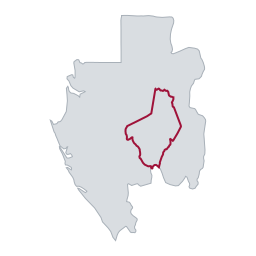 Ogooué-Lolo on a map of Gabon (Equal Earth projection)
{"feature_id": "GAB-2628", "entity_name": "Ogooué-Lolo", "entity_type": "Province", "adm_level": 1, "iso_a3": "GAB", "parent_name": "Gabon", "parent_adm1": "", "projection": "equal_earth", "projection_center": [12.559, -0.822], "detail": "fine", "context": "in_parent", "style": "outline", "palette": "rose", "viewbox_px": 256, "rotation_deg": 0, "n_neighbors": 0, "source": "natural_earth", "source_scale": "10m", "svg_char_len": 5730}
<svg xmlns="http://www.w3.org/2000/svg" viewBox="0 0 256 256"><path d="M173.8,20.5L173.6,23.0L171.5,29.2L170.5,34.0L170.2,39.1L170.8,43.2L171.9,46.1L172.5,49.3L172.0,51.5L171.0,52.4L171.7,53.5L173.2,53.8L175.9,52.8L180.0,51.1L185.3,48.7L188.8,47.4L194.6,48.2L197.6,49.1L199.2,50.9L200.9,58.2L201.8,59.3L203.2,62.4L204.3,66.1L204.6,68.0L204.5,69.4L203.3,71.4L202.0,74.4L201.5,76.2L200.4,77.5L199.0,78.8L195.1,79.3L194.5,80.1L193.5,83.3L191.4,86.0L190.5,88.5L189.7,91.9L189.8,96.0L189.4,102.1L189.0,106.1L190.0,107.6L194.6,108.6L195.5,109.4L196.8,111.9L198.3,114.3L202.6,115.8L204.2,117.6L205.5,119.6L205.7,121.2L204.7,127.7L203.8,134.0L204.2,138.8L204.5,143.3L205.0,150.0L204.8,154.0L203.6,156.5L203.6,158.5L204.1,160.8L203.1,167.3L202.4,168.4L200.5,169.6L199.5,171.3L199.2,174.0L198.2,177.8L197.1,179.1L197.1,180.9L198.1,182.1L198.1,184.1L196.2,186.4L195.1,188.2L192.6,189.0L189.7,188.1L189.0,186.8L189.7,184.8L189.5,183.2L188.5,181.5L187.0,177.2L185.6,176.3L184.8,178.0L182.5,181.3L178.4,185.6L175.5,185.9L170.1,184.6L165.7,182.6L163.5,177.6L162.2,173.5L160.3,168.8L158.2,166.5L155.9,165.1L154.9,165.0L151.6,167.6L150.6,168.7L150.6,170.9L150.9,173.0L151.4,174.0L151.9,175.3L151.8,177.4L151.2,180.1L151.0,183.2L140.7,186.2L138.9,185.1L137.6,183.7L136.1,184.0L131.6,185.5L130.0,184.5L128.4,183.7L127.6,184.3L127.6,185.6L128.3,192.8L128.1,195.6L127.1,199.1L126.6,201.6L129.3,202.2L130.3,203.4L131.2,205.2L132.5,206.9L132.6,207.9L131.1,209.8L130.6,212.1L131.3,213.9L133.2,215.8L135.9,217.7L137.2,219.0L137.1,220.2L135.8,222.7L135.4,224.8L134.5,226.7L134.7,228.5L135.9,230.1L135.8,231.6L134.9,232.7L133.3,232.5L131.8,232.6L130.5,232.2L126.5,226.5L125.7,226.3L119.9,230.7L118.4,232.5L117.2,235.1L115.6,240.6L113.0,237.4L110.7,231.4L108.0,227.8L102.5,221.9L101.0,217.5L94.6,207.9L85.4,198.4L78.7,190.0L77.7,188.2L78.9,188.4L85.3,192.6L86.1,192.1L86.9,191.2L84.1,189.0L81.5,187.3L79.0,186.2L76.5,186.3L75.1,184.5L74.2,181.9L73.8,179.6L72.7,177.2L69.1,172.2L68.3,170.3L66.3,167.7L67.5,167.4L71.3,169.9L71.6,168.9L71.3,167.4L67.5,165.1L65.4,164.9L65.0,163.3L65.3,161.3L62.5,154.1L59.7,148.8L59.3,146.2L66.9,157.9L67.9,158.1L69.2,158.0L72.4,156.7L71.8,155.1L70.4,153.5L69.0,154.2L67.2,154.4L66.3,153.7L65.8,152.5L67.6,146.8L66.8,147.1L66.3,148.1L65.3,148.6L63.8,148.9L60.0,145.8L56.7,137.6L55.9,135.9L55.0,133.1L54.1,131.9L50.3,120.2L51.8,121.1L53.5,124.4L56.8,123.7L58.2,121.8L59.3,121.8L60.5,121.4L62.0,119.6L66.3,111.5L67.4,100.9L67.0,94.6L66.4,88.3L67.8,86.3L68.4,87.6L68.7,89.9L69.3,91.5L70.9,93.0L73.7,93.4L78.1,95.7L79.7,97.2L80.1,94.2L85.2,91.7L83.7,90.8L79.2,91.8L73.0,88.1L70.9,85.7L69.0,81.1L67.0,78.8L67.2,76.6L71.6,74.7L72.8,74.9L73.3,77.2L74.5,78.2L74.9,77.9L75.1,75.9L75.1,70.5L73.8,62.9L74.2,61.4L75.4,60.8L76.5,59.8L77.2,59.6L78.7,59.8L79.5,61.6L79.9,62.6L81.4,63.0L82.7,64.0L83.8,63.7L84.6,62.6L86.0,62.4L90.0,62.4L93.7,62.4L101.0,62.5L108.3,62.5L115.6,62.5L121.1,62.5L121.1,58.2L121.1,51.4L121.0,43.4L121.0,35.7L121.0,28.6L120.9,20.2L121.2,17.8L121.6,16.8L121.5,15.5L127.1,15.4L137.4,16.0L141.8,15.9L143.1,16.0L148.7,15.6L153.2,16.1L155.2,16.7L156.9,17.0L162.3,17.4L169.4,16.9L171.8,17.0L173.1,18.2L173.8,20.5Z" fill="#d9dde1" stroke="#a8b0b8" stroke-width="1"/><path d="M158.9,167.3L157.1,165.6L156.0,164.9L154.7,165.0L154.4,165.1L153.1,166.3L152.9,166.5L152.6,167.2L152.5,167.5L152.5,167.9L152.4,168.3L152.1,168.5L151.6,168.3L151.1,167.6L151.2,166.8L151.0,166.3L150.9,166.2L150.6,166.1L150.3,166.1L148.4,166.3L148.2,166.3L144.9,164.7L144.6,164.5L142.9,162.7L142.6,162.1L140.8,158.9L140.6,158.6L140.3,158.5L140.0,158.3L139.7,158.0L139.5,157.1L139.4,156.7L139.4,156.4L139.5,156.2L139.6,155.9L139.8,155.6L140.0,155.4L140.1,155.0L140.2,154.7L140.2,153.8L140.1,152.5L139.8,150.7L139.7,150.3L139.7,149.6L139.7,149.4L139.5,149.0L138.6,147.5L138.0,146.7L137.8,146.5L136.8,145.9L136.5,145.7L135.6,144.4L134.2,143.2L133.8,142.6L132.9,140.8L132.7,140.4L132.5,139.3L132.4,138.5L132.4,137.9L132.5,137.6L132.4,137.3L132.1,137.3L131.8,137.4L131.6,137.5L129.7,139.1L128.9,139.3L128.4,139.7L128.1,139.8L127.8,139.8L127.3,139.6L127.0,139.4L126.9,139.1L126.8,138.5L126.9,137.8L126.9,137.2L126.9,136.5L126.8,136.0L126.6,135.3L126.6,135.1L126.0,134.2L125.8,133.9L125.7,133.5L125.7,133.1L125.6,132.2L125.5,131.6L125.5,131.3L125.6,129.2L125.8,128.8L126.0,128.3L126.7,127.2L127.2,126.1L147.1,116.2L151.3,113.4L155.4,88.9L155.5,88.8L155.9,89.3L156.1,89.5L156.4,89.7L156.6,89.8L156.9,89.7L158.6,88.6L159.0,88.7L159.3,88.9L159.5,89.2L159.7,89.4L159.9,89.7L160.1,90.1L160.3,90.3L160.6,90.5L161.1,90.4L161.8,90.5L162.6,90.9L162.9,90.9L163.3,90.8L163.6,90.6L164.4,89.7L164.6,89.8L165.0,90.2L165.5,90.6L165.8,90.7L165.9,90.8L166.1,90.9L166.4,90.9L167.2,90.7L167.4,90.8L167.8,91.4L168.2,91.8L168.3,92.1L168.4,92.8L168.9,95.0L169.0,95.3L169.2,95.6L170.2,96.3L170.5,96.5L170.8,96.7L171.1,96.7L171.8,96.7L172.1,96.9L172.4,97.1L172.7,97.2L172.9,97.3L173.4,97.3L173.4,99.2L172.7,101.0L172.0,102.2L171.9,102.6L172.0,102.9L172.1,103.1L172.3,103.4L172.5,104.9L172.6,105.7L172.6,106.1L172.8,106.5L173.0,106.8L173.5,107.0L173.8,107.2L174.0,107.5L180.7,125.2L180.9,126.1L180.9,126.7L177.5,133.3L173.2,140.5L172.8,140.8L172.3,140.3L170.4,139.0L170.1,139.2L170.1,139.5L170.4,140.8L170.5,142.2L170.5,143.7L170.4,144.4L170.2,144.8L169.9,145.0L169.6,145.2L169.3,145.5L168.9,146.6L168.7,146.9L168.3,147.1L168.0,147.3L167.8,147.6L167.4,148.3L167.2,148.6L166.9,148.9L166.6,149.2L166.4,149.3L166.1,149.3L165.9,149.2L165.6,149.3L164.8,149.8L164.5,150.2L164.4,150.8L164.2,151.2L163.9,151.5L163.7,151.7L163.4,152.1L163.2,152.6L163.1,152.9L163.1,154.0L163.0,154.4L162.8,154.8L162.6,155.2L162.5,155.5L162.3,155.8L161.8,156.7L159.9,162.2L159.8,162.5L159.9,163.3L159.9,163.6L159.5,164.7L159.3,165.7L159.0,167.0L158.9,167.3Z" fill="none" stroke="#9f1239" stroke-width="2"/></svg>